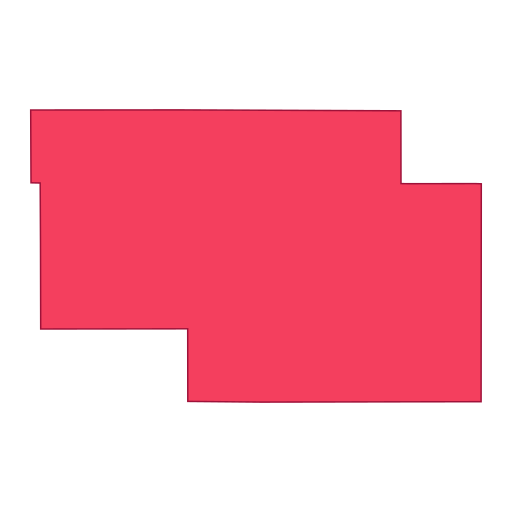 Pawnee, Kansas, United States of America
{"feature_id": "52423323B20643540439261", "entity_name": "Pawnee", "entity_type": "district", "adm_level": 2, "iso_a3": "USA", "parent_name": "United States of America", "parent_adm1": "Kansas", "projection": "natural_earth1", "projection_center": [-99.239, 38.175], "detail": "fine", "context": "isolated", "style": "filled", "palette": "rose", "viewbox_px": 512, "rotation_deg": 0, "n_neighbors": 0, "source": "geoboundaries", "source_scale": "gbopen_adm2", "svg_char_len": 331}
<svg xmlns="http://www.w3.org/2000/svg" viewBox="0 0 512 512"><path d="M408.0,401.8L481.1,401.7L481.3,183.8L475.1,183.6L407.6,183.7L401.0,183.6L400.9,110.8L180.1,109.9L30.7,110.0L31.0,182.8L40.2,183.0L40.5,243.7L40.7,329.0L187.7,328.8L187.8,401.4L261.3,402.1L408.0,401.8Z" fill="#f43f5e" stroke="#9f1239" stroke-width="1.5"/></svg>